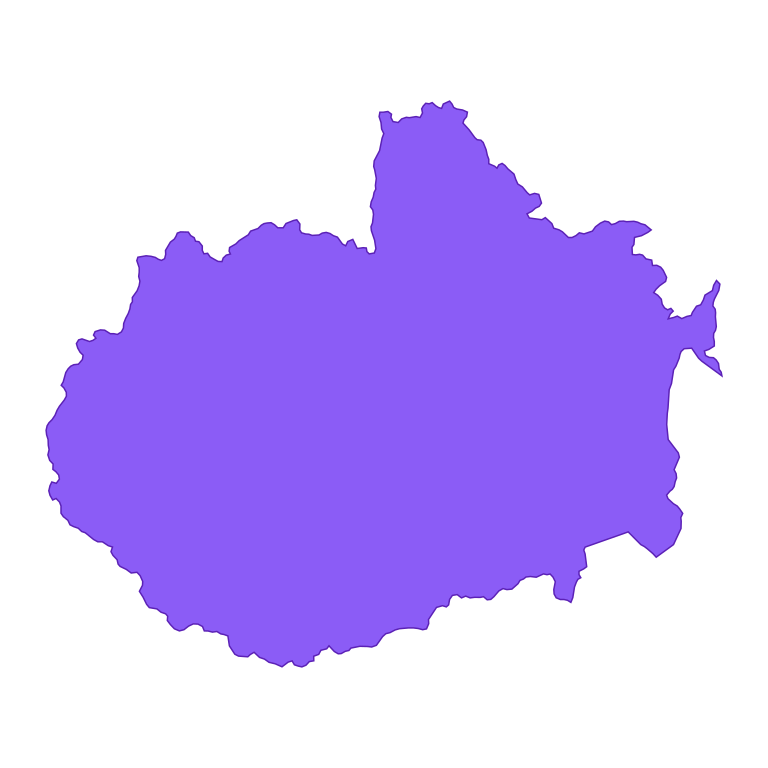 Itamaraju, Bahia, Brazil
{"feature_id": "56859067B67912929740890", "entity_name": "Itamaraju", "entity_type": "district", "adm_level": 2, "iso_a3": "BRA", "parent_name": "Brazil", "parent_adm1": "Bahia", "projection": "albers", "projection_center": [-39.741, -16.985], "detail": "fine", "context": "isolated", "style": "filled", "palette": "violet", "viewbox_px": 768, "rotation_deg": 0, "n_neighbors": 0, "source": "geoboundaries", "source_scale": "gbopen_adm2", "svg_char_len": 6072}
<svg xmlns="http://www.w3.org/2000/svg" viewBox="0 0 768 768"><path d="M379.9,112.2L379.1,116.6L381.0,122.5L381.6,129.0L383.8,133.6L382.1,138.1L379.6,150.6L374.2,160.9L373.7,166.5L374.7,169.8L376.3,178.4L375.4,185.4L375.8,189.1L374.1,192.4L373.2,197.2L371.2,201.9L370.4,206.7L372.8,210.0L373.5,214.3L372.5,223.0L371.0,226.7L371.4,230.7L374.6,240.2L375.9,248.7L374.3,253.0L369.2,253.9L366.9,251.6L366.3,248.0L363.2,247.7L357.2,248.5L352.8,239.4L347.8,241.5L345.7,245.8L342.4,244.0L337.4,237.1L333.4,235.7L330.0,233.5L326.2,232.4L322.2,233.1L319.0,235.0L312.1,235.4L308.9,234.2L305.6,234.0L301.5,232.8L299.7,229.8L299.9,224.0L296.8,219.8L293.5,220.5L286.0,223.5L283.2,227.8L277.8,227.8L274.6,224.8L271.1,222.7L267.2,223.0L264.0,223.6L261.3,225.2L258.0,228.5L250.6,231.1L248.3,234.8L239.2,240.6L235.9,243.9L229.6,247.5L229.1,251.2L230.4,254.0L226.3,255.1L223.2,258.0L222.0,261.6L218.0,261.4L213.7,259.0L210.1,256.9L207.6,253.3L203.9,253.8L202.3,250.4L202.3,246.0L198.9,241.7L195.5,241.2L194.2,237.7L190.7,235.6L188.3,232.1L180.5,231.9L177.3,233.1L176.0,236.3L174.3,239.1L170.4,242.1L165.5,250.4L165.7,254.4L164.6,258.7L161.4,260.4L158.2,259.2L155.3,257.4L151.0,256.3L146.1,255.8L137.9,257.2L136.8,260.6L139.2,267.7L139.2,272.2L138.7,276.5L139.9,281.2L139.1,285.8L137.1,290.8L132.3,297.5L132.4,301.8L130.6,304.4L129.9,308.9L128.3,313.4L125.7,318.3L123.7,323.4L123.4,328.1L121.4,331.9L117.4,334.4L113.8,333.7L110.3,333.7L104.7,330.2L100.4,329.9L95.1,331.6L93.5,335.1L95.9,338.2L93.1,340.3L89.5,341.5L82.0,338.9L78.6,339.9L76.4,343.6L77.7,348.0L80.1,352.3L83.1,355.2L82.4,359.5L78.4,364.2L73.8,364.7L70.7,366.2L68.2,368.7L65.8,372.5L63.2,381.9L61.2,385.3L63.9,387.9L66.3,392.3L66.4,396.2L64.3,400.0L59.4,406.3L57.1,410.2L55.0,415.3L52.1,419.6L49.0,422.7L47.1,425.8L46.1,430.3L46.6,434.8L48.1,439.6L48.3,445.4L49.1,449.6L47.9,454.9L49.7,460.4L53.1,464.0L52.9,469.4L55.9,471.7L58.7,475.0L59.4,479.1L56.3,483.3L51.8,482.0L50.0,485.7L48.8,490.8L50.0,495.3L52.7,500.0L56.1,498.5L59.5,502.0L61.0,505.9L61.0,513.2L63.3,516.6L67.9,520.3L70.0,524.8L73.6,526.6L78.2,528.2L81.7,531.5L85.2,532.7L93.6,539.5L97.8,541.8L102.4,541.8L108.3,545.7L112.5,547.0L111.0,551.7L113.0,555.4L117.1,559.7L118.1,564.1L120.1,566.4L126.3,569.4L131.2,573.0L137.0,572.3L140.1,575.6L142.7,581.4L142.5,585.3L139.4,591.3L143.1,597.2L146.6,604.3L149.3,607.6L156.9,608.9L161.0,612.2L165.6,613.8L167.7,616.2L167.3,620.5L170.4,624.6L174.4,628.8L179.4,630.9L184.0,629.7L188.6,626.1L193.3,623.9L198.0,624.1L202.5,626.5L204.3,630.9L208.1,631.0L212.4,632.1L216.9,631.5L220.8,633.9L224.0,634.5L227.9,635.9L229.4,645.9L234.8,654.2L238.5,656.1L247.8,656.8L250.3,654.5L254.1,652.3L259.5,657.4L264.5,659.1L269.0,662.3L275.2,663.8L282.0,666.8L288.2,662.1L292.1,660.9L294.4,664.8L298.3,666.1L301.9,666.9L306.0,665.2L309.3,661.6L313.8,660.8L313.7,656.2L318.7,654.4L320.9,650.3L326.7,648.8L329.0,645.8L334.3,651.5L338.2,653.8L341.2,653.6L345.3,651.3L348.9,650.5L350.9,648.1L359.8,646.3L367.7,646.5L371.7,647.0L376.4,645.3L382.6,636.6L385.8,633.7L390.1,632.6L395.2,629.9L399.5,628.7L408.6,627.9L413.3,627.9L418.2,628.5L422.7,629.7L426.5,628.9L428.7,623.7L428.5,619.5L436.5,607.4L442.5,605.7L446.3,606.9L448.6,604.9L449.6,599.4L452.4,595.4L457.2,594.6L461.5,597.9L465.7,596.1L470.1,597.9L474.7,597.3L480.2,597.4L483.5,596.7L487.2,599.8L490.8,599.4L493.9,596.7L498.9,590.9L503.0,588.6L506.9,589.6L511.9,589.1L518.0,583.7L520.0,580.4L523.5,579.0L526.0,577.0L530.3,576.5L536.3,577.2L543.5,573.9L547.0,574.7L550.1,574.0L553.0,577.1L555.3,581.7L553.8,589.5L554.1,594.0L556.2,597.8L560.3,599.5L564.0,599.5L567.5,600.3L570.9,602.4L572.8,597.6L574.5,587.0L576.4,582.0L577.9,579.3L580.8,577.7L579.0,574.6L579.0,571.3L583.7,568.9L586.7,566.7L585.1,554.0L583.8,550.0L585.1,547.1L628.2,531.9L640.8,544.6L644.3,546.5L647.2,548.7L653.0,553.7L656.2,557.2L673.5,544.6L681.0,528.5L681.2,521.2L680.8,517.6L682.7,513.4L679.7,509.0L677.2,506.0L673.4,503.7L668.0,498.7L666.6,495.1L669.9,491.2L672.3,489.3L674.1,486.6L675.2,481.6L676.6,478.0L676.1,473.6L674.1,469.7L679.4,457.2L678.3,452.9L668.2,439.6L666.7,424.5L667.3,413.3L668.0,408.2L669.2,389.7L671.5,383.5L673.6,369.8L675.9,366.2L679.2,358.1L679.9,354.6L681.1,351.5L684.2,348.7L691.7,348.2L698.6,358.2L701.8,361.2L721.9,375.9L721.2,372.2L719.2,369.3L718.5,363.5L716.1,359.9L713.5,357.7L709.2,357.4L705.5,355.5L704.4,351.0L708.9,349.4L714.3,346.0L714.3,341.5L713.5,337.4L713.7,333.4L715.5,330.3L716.3,326.6L715.4,316.8L715.6,312.8L715.2,309.2L712.9,306.0L713.3,302.4L714.4,299.1L718.8,290.4L719.9,284.1L716.5,280.5L713.7,285.2L712.4,290.6L705.0,295.1L703.3,300.1L700.7,304.8L696.5,306.2L692.4,312.4L691.2,315.5L686.9,316.4L681.8,318.6L677.3,316.1L673.6,317.5L668.2,318.8L670.2,314.1L673.2,311.1L670.9,308.4L667.6,309.8L664.5,307.9L662.2,304.2L661.3,299.2L657.7,295.2L653.7,292.6L656.1,289.2L659.5,285.8L665.6,281.4L666.6,277.4L663.2,270.3L660.7,267.2L656.8,265.3L652.5,265.5L651.7,260.1L646.0,258.9L642.6,255.1L639.6,254.3L635.8,254.9L632.4,254.5L632.0,247.2L633.9,244.5L634.5,237.4L641.5,235.7L647.8,232.4L651.2,229.9L645.0,224.8L640.8,223.7L637.7,222.2L633.9,221.3L626.6,221.7L623.6,221.1L619.3,221.3L615.3,223.6L611.5,224.6L608.6,221.9L604.7,221.1L600.4,223.1L595.5,226.8L592.4,231.1L584.0,233.9L579.3,232.8L576.0,235.6L572.1,237.5L568.4,237.5L562.4,231.8L559.0,229.8L553.7,228.2L551.9,223.6L545.3,217.6L541.9,219.7L529.3,218.0L527.0,213.8L532.0,211.2L535.5,208.1L539.2,206.4L541.5,203.1L538.8,194.4L534.5,193.4L529.7,194.9L527.2,192.7L522.4,186.9L517.8,184.0L515.7,179.3L514.0,174.1L507.9,168.9L505.0,165.5L502.1,163.4L498.8,164.9L497.0,168.2L494.6,166.2L488.8,163.7L488.8,159.3L487.3,155.3L486.1,149.7L483.2,142.5L480.9,140.2L477.1,139.7L474.8,137.6L469.1,129.8L463.0,123.1L463.9,120.0L466.6,116.7L467.4,112.1L462.6,110.0L456.7,109.0L453.7,107.5L452.0,104.0L449.6,101.1L443.3,104.0L441.6,108.4L438.6,107.6L435.6,105.7L432.2,102.6L429.2,103.8L425.7,103.3L423.2,106.1L421.7,108.8L422.5,113.0L420.1,117.5L416.1,116.6L409.3,117.7L406.3,117.3L401.7,118.9L398.2,122.5L393.0,121.6L390.9,117.4L391.5,114.2L387.9,111.5L383.4,112.2L379.9,112.2Z" fill="#8b5cf6" stroke="#5b21b6" stroke-width="1.5"/></svg>